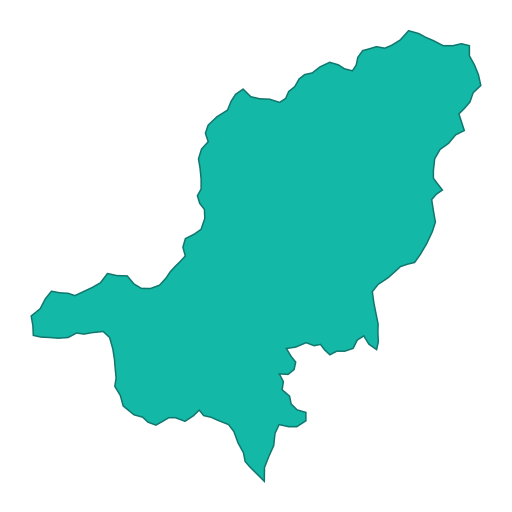 Guabiruba, Santa Catarina, Brazil (Natural Earth projection)
{"feature_id": "56859067B25663220067280", "entity_name": "Guabiruba", "entity_type": "district", "adm_level": 2, "iso_a3": "BRA", "parent_name": "Brazil", "parent_adm1": "Santa Catarina", "projection": "natural_earth1", "projection_center": [-49.027, -27.109], "detail": "fine", "context": "isolated", "style": "filled", "palette": "teal", "viewbox_px": 512, "rotation_deg": 0, "n_neighbors": 0, "source": "geoboundaries", "source_scale": "gbopen_adm2", "svg_char_len": 2272}
<svg xmlns="http://www.w3.org/2000/svg" viewBox="0 0 512 512"><path d="M31.2,316.0L32.9,325.8L33.3,335.4L41.0,337.1L49.8,337.5L58.2,338.2L68.2,337.5L76.6,333.0L83.9,334.1L92.3,332.6L103.2,331.5L109.6,337.5L112.8,348.8L114.5,359.7L115.2,368.6L116.1,378.0L114.8,386.4L120.3,395.4L123.2,406.0L134.0,414.8L142.7,417.2L148.0,422.2L155.9,425.1L162.8,421.3L168.8,417.7L175.4,417.7L185.0,421.3L193.4,415.8L199.2,410.1L203.7,415.6L211.2,417.3L217.6,420.2L228.6,424.6L233.9,431.6L238.0,442.8L243.5,452.9L245.1,461.4L250.0,467.1L264.3,481.3L264.5,467.5L268.6,457.0L273.7,445.6L275.0,433.4L279.1,424.6L288.7,426.7L296.8,426.7L305.9,420.8L305.9,412.4L297.1,409.9L291.1,403.9L289.6,396.2L282.1,389.7L283.4,381.7L279.3,373.9L288.1,374.4L294.1,369.5L295.7,362.1L291.1,356.4L286.4,348.5L295.7,347.1L306.1,342.7L314.2,345.7L320.5,344.4L324.6,349.9L329.9,354.8L336.7,351.2L344.7,351.2L353.1,348.4L357.3,340.0L363.8,335.9L368.9,344.2L376.6,349.6L378.3,341.9L377.9,332.1L378.1,324.0L376.4,315.7L374.0,303.5L372.3,291.7L378.1,284.4L388.4,277.5L395.1,271.5L400.4,266.6L407.5,264.2L414.6,262.5L420.3,254.4L426.6,243.8L432.3,231.7L435.4,222.1L433.4,210.7L431.7,199.6L436.1,194.4L442.4,190.0L437.7,184.0L433.4,178.2L433.4,170.4L434.7,158.8L440.1,149.4L448.6,143.3L455.6,134.9L464.3,130.5L461.9,123.1L458.9,113.9L464.3,108.5L469.9,102.1L473.1,92.8L480.8,85.5L478.4,74.6L474.4,64.8L469.4,55.8L469.4,45.7L461.3,43.7L452.9,45.7L443.2,45.7L433.8,40.8L425.4,37.2L418.9,33.6L408.6,30.7L400.2,40.0L391.8,45.2L384.8,48.2L376.4,46.7L368.7,49.0L362.7,50.6L357.8,57.4L356.2,65.1L352.4,70.8L344.5,68.8L338.3,64.8L329.7,62.3L320.0,66.9L312.3,72.9L304.6,74.6L299.1,79.0L294.8,86.6L288.7,91.5L285.7,98.4L279.6,102.4L269.6,99.2L259.8,98.8L250.8,96.7L243.1,89.1L235.6,94.3L231.1,101.3L227.5,110.1L216.9,116.8L208.2,125.1L205.4,133.2L208.2,141.7L201.5,149.1L198.5,158.8L200.1,168.5L201.1,179.0L201.1,189.1L197.4,195.7L199.7,203.4L204.4,209.4L204.8,218.4L201.1,229.3L194.3,234.1L185.4,238.6L182.9,247.2L185.3,256.0L179.7,262.0L175.0,266.6L170.2,271.8L166.2,277.9L159.5,285.2L150.5,288.5L141.3,288.4L133.9,283.9L127.2,275.9L116.9,275.6L107.5,273.5L100.4,282.8L92.0,287.6L84.3,291.2L74.9,295.6L68.1,293.3L59.7,292.8L51.5,291.2L45.3,298.9L40.2,308.7L31.2,316.0Z" fill="#14b8a6" stroke="#0f766e" stroke-width="1.5"/></svg>